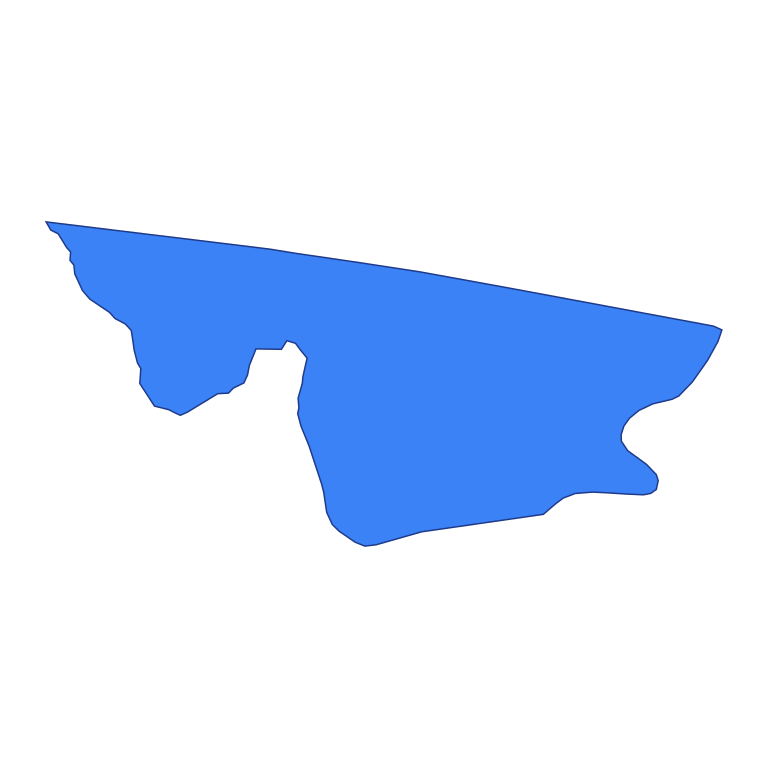 Duque Bacelar, Maranhão, Brazil
{"feature_id": "56859067B60806377662282", "entity_name": "Duque Bacelar", "entity_type": "district", "adm_level": 2, "iso_a3": "BRA", "parent_name": "Brazil", "parent_adm1": "Maranhão", "projection": "mercator", "projection_center": [-43.029, -4.104], "detail": "fine", "context": "isolated", "style": "filled", "palette": "blue", "viewbox_px": 768, "rotation_deg": 0, "n_neighbors": 0, "source": "geoboundaries", "source_scale": "gbopen_adm2", "svg_char_len": 1189}
<svg xmlns="http://www.w3.org/2000/svg" viewBox="0 0 768 768"><path d="M46.1,221.9L50.8,230.1L58.2,233.8L66.7,247.6L70.6,252.0L70.0,260.3L73.9,265.1L74.8,273.9L82.4,290.4L89.9,299.2L109.4,312.3L115.0,318.5L125.4,324.0L131.3,330.5L132.7,339.7L134.2,350.2L137.5,363.0L140.8,368.5L139.8,383.5L154.5,406.1L168.8,409.7L174.7,412.7L180.3,415.3L187.5,412.1L217.7,393.7L228.5,393.1L233.3,388.1L243.9,382.9L247.5,375.1L249.4,365.3L256.0,348.9L281.4,349.3L286.9,340.7L295.5,343.3L300.6,350.2L307.1,358.1L302.9,376.7L302.3,383.3L298.1,398.2L298.9,407.8L297.7,413.6L301.0,426.1L309.1,446.0L321.5,483.7L323.7,492.1L326.7,512.4L332.3,524.5L339.1,531.2L355.1,542.2L364.9,546.1L376.0,544.8L421.6,531.8L443.5,528.7L543.4,514.3L555.8,503.6L563.3,498.0L569.5,495.7L575.1,493.5L592.6,492.1L607.0,492.8L613.0,493.2L627.6,494.1L643.5,494.8L650.7,493.4L656.3,489.5L658.2,480.7L656.3,474.6L646.5,464.4L627.6,450.6L621.4,441.2L621.1,434.9L623.9,426.0L629.5,418.2L639.0,410.4L653.0,403.8L672.2,399.2L678.8,396.0L692.4,381.9L707.6,360.3L718.0,341.4L721.9,329.9L713.4,326.1L517.9,289.7L420.7,272.0L360.6,262.8L295.5,253.3L269.6,249.1L145.4,234.0L46.1,221.9Z" fill="#3b82f6" stroke="#1e3a8a" stroke-width="1.5"/></svg>